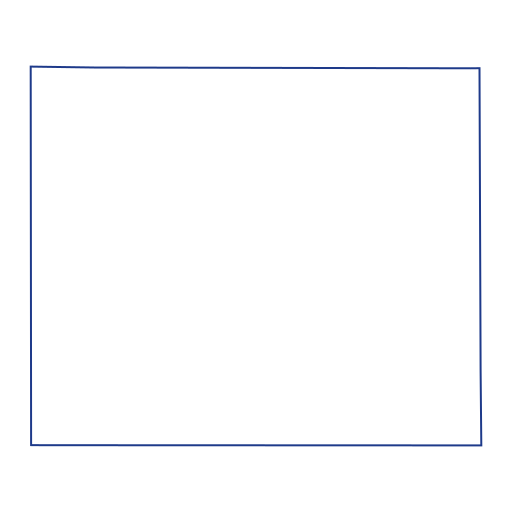 the district of Ness, Kansas, United States of America
{"feature_id": "52423323B78916796754312", "entity_name": "Ness", "entity_type": "district", "adm_level": 2, "iso_a3": "USA", "parent_name": "United States of America", "parent_adm1": "Kansas", "projection": "albers", "projection_center": [-99.868, 38.48], "detail": "fine", "context": "isolated", "style": "outline", "palette": "blue", "viewbox_px": 512, "rotation_deg": 0, "n_neighbors": 0, "source": "geoboundaries", "source_scale": "gbopen_adm2", "svg_char_len": 226}
<svg xmlns="http://www.w3.org/2000/svg" viewBox="0 0 512 512"><path d="M479.5,68.2L470.5,68.3L94.0,67.5L30.7,66.6L31.1,445.1L42.8,445.2L481.3,445.4L480.6,369.7L479.5,68.2Z" fill="none" stroke="#1e3a8a" stroke-width="2"/></svg>